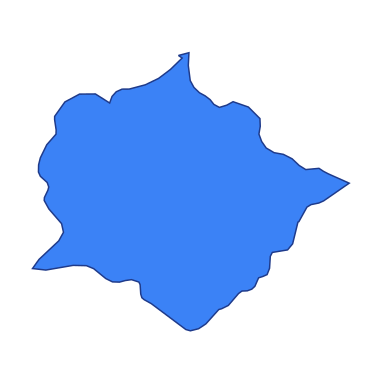 Cankuzo, Albers equal-area conic projection, rotated 186°
{"feature_id": "BDI-2632", "entity_name": "Cankuzo", "entity_type": "Province", "adm_level": 1, "iso_a3": "BDI", "parent_name": "Burundi", "parent_adm1": "", "projection": "albers", "projection_center": [30.587, -3.141], "detail": "fine", "context": "isolated", "style": "filled", "palette": "blue", "viewbox_px": 384, "rotation_deg": 186, "n_neighbors": 0, "source": "natural_earth", "source_scale": "10m", "svg_char_len": 1379}
<svg xmlns="http://www.w3.org/2000/svg" viewBox="0 0 384 384"><g transform="rotate(186 192 192)"><path d="M150.3,79.0L153.1,77.9L164.4,62.3L171.2,56.7L179.1,53.8L183.8,54.6L220.8,76.7L228.3,79.9L230.8,81.6L232.3,85.1L233.9,94.4L235.4,96.9L243.0,98.5L249.0,97.0L254.7,94.8L261.7,94.3L268.7,96.9L281.8,105.5L289.3,107.7L302.6,106.6L329.2,99.1L342.6,99.2L338.8,106.0L337.0,109.1L319.4,129.5L315.6,138.5L318.4,146.9L332.5,160.1L338.1,168.1L338.2,171.1L335.5,178.7L335.0,182.0L337.0,186.3L344.4,191.7L346.8,195.8L347.4,203.0L346.4,210.1L341.4,223.8L333.3,235.3L333.6,239.5L336.2,249.6L336.5,252.9L327.8,268.3L314.1,277.6L298.3,279.4L283.2,271.9L281.5,278.7L277.8,283.8L272.3,287.0L265.2,287.8L249.7,293.7L237.1,301.5L226.3,311.6L215.8,324.2L219.8,326.4L219.7,326.4L209.6,330.2L208.9,317.4L205.4,302.6L201.0,296.2L195.0,291.5L189.0,289.0L183.6,285.7L179.4,281.4L173.6,279.0L166.5,282.0L160.6,286.1L144.8,282.4L132.1,272.1L131.0,264.5L131.5,256.6L128.0,249.5L122.8,243.5L114.5,239.7L105.1,239.0L95.9,235.5L88.2,229.6L81.2,226.2L68.2,228.8L63.4,226.3L58.3,224.3L36.6,217.2L60.2,196.9L64.7,194.3L72.3,191.9L76.1,189.0L82.6,173.7L83.5,173.1L86.5,151.0L90.9,144.4L105.8,140.3L107.4,136.2L106.9,124.2L108.7,117.7L112.7,115.4L116.8,113.6L119.6,104.8L122.4,101.6L126.7,99.5L132.0,98.7L135.1,95.9L144.0,83.0L150.0,79.2L150.3,79.0Z" fill="#3b82f6" stroke="#1e3a8a" stroke-width="1.5"/></g></svg>